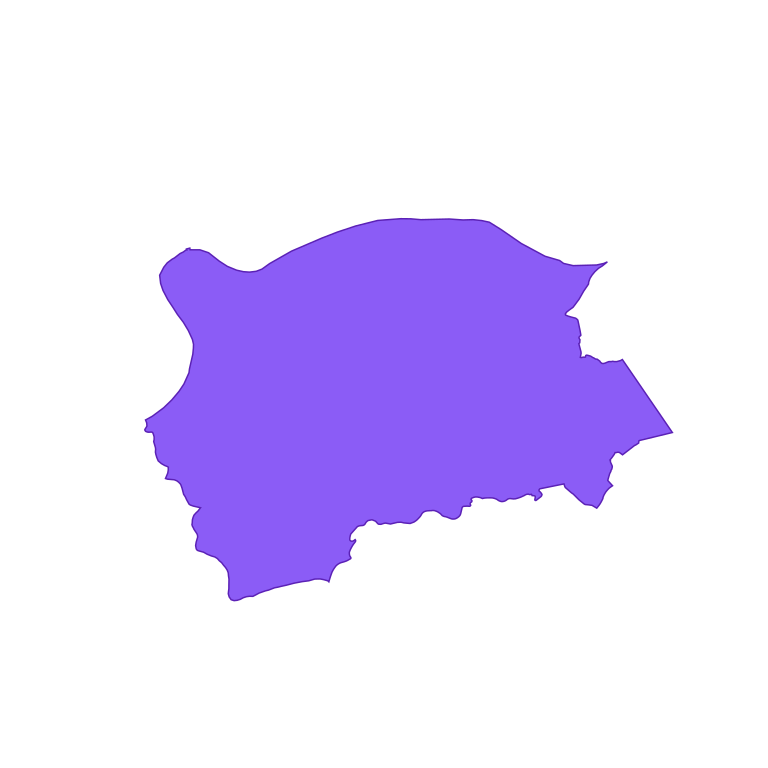 outline of Cicuco, Bolívar, Colombia, rotated 53°
{"feature_id": "7082276B7250300282061", "entity_name": "Cicuco", "entity_type": "district", "adm_level": 2, "iso_a3": "COL", "parent_name": "Colombia", "parent_adm1": "Bolívar", "projection": "robinson", "projection_center": [-74.658, 9.237], "detail": "fine", "context": "isolated", "style": "filled", "palette": "violet", "viewbox_px": 768, "rotation_deg": 53, "n_neighbors": 0, "source": "geoboundaries", "source_scale": "gbopen_adm2", "svg_char_len": 6158}
<svg xmlns="http://www.w3.org/2000/svg" viewBox="0 0 768 768"><g transform="rotate(53 384 384)"><path d="M508.8,547.1L506.8,544.4L505.5,542.6L504.3,540.8L503.0,538.8L502.0,536.7L501.4,535.2L500.9,533.7L500.3,531.5L500.2,529.6L500.3,528.5L500.4,527.4L500.8,525.9L502.0,522.8L502.7,520.6L503.0,519.1L503.3,516.6L503.4,516.3L503.4,515.7L503.3,515.4L502.9,515.1L502.6,514.9L500.9,514.8L499.7,514.4L498.5,513.7L497.4,512.8L496.0,510.5L494.9,508.2L494.2,506.6L493.6,504.9L492.7,501.7L492.2,501.0L491.5,500.7L490.9,500.7L490.9,502.2L490.6,503.7L490.3,504.2L489.8,504.7L489.1,505.1L488.3,505.2L488.0,505.2L487.8,505.1L486.9,504.4L486.0,503.6L484.8,502.2L483.8,500.8L481.9,491.2L482.0,490.4L482.4,489.1L483.0,488.0L484.1,486.3L484.4,485.7L484.5,485.1L484.6,484.5L484.5,483.9L484.4,483.3L483.8,482.0L483.6,481.2L483.5,480.4L483.4,479.1L485.2,475.3L488.5,473.3L491.9,473.0L492.8,472.6L494.2,470.9L495.3,467.8L496.0,466.5L499.7,463.1L502.6,456.5L504.6,453.6L506.9,451.7L511.1,447.1L512.3,443.1L512.4,441.1L512.4,439.7L512.1,437.5L511.7,435.3L511.3,433.9L510.4,431.8L510.2,431.1L510.1,429.9L510.2,428.7L510.6,427.3L511.2,426.0L512.5,424.0L513.7,422.3L514.3,421.2L514.9,420.5L515.7,419.7L517.6,418.5L518.6,418.0L520.8,417.2L522.0,416.9L523.4,416.8L524.1,416.7L524.8,416.4L525.5,416.0L526.1,415.6L526.9,414.8L528.1,413.9L532.3,411.3L533.2,410.4L534.2,409.0L534.7,407.8L535.0,406.0L535.0,404.2L534.7,402.5L533.9,401.0L529.8,396.1L529.5,395.5L529.5,395.1L529.5,394.4L529.7,393.9L531.5,391.2L533.2,389.2L533.3,388.7L533.3,388.4L533.2,388.1L533.0,387.7L532.7,387.6L532.2,387.6L531.8,387.5L531.5,387.3L531.2,387.0L531.0,386.7L530.9,386.3L530.8,385.9L530.9,385.3L530.9,384.9L530.7,384.6L530.5,384.3L530.2,384.1L529.9,383.9L529.0,384.0L528.7,384.0L528.2,383.5L528.0,383.1L528.0,382.7L528.5,380.6L528.9,379.7L529.3,378.9L529.9,378.1L530.5,377.4L531.6,376.4L532.6,375.5L534.7,374.3L535.5,372.5L536.7,370.6L539.1,367.3L540.3,365.9L541.6,364.8L543.1,363.8L544.0,363.3L545.9,362.7L547.2,362.0L548.2,361.3L548.8,360.7L549.2,360.1L549.8,359.0L550.2,357.8L550.4,356.6L550.4,354.8L550.5,354.1L550.7,353.4L551.0,352.8L551.4,352.2L553.4,350.1L554.0,349.3L554.8,348.1L555.7,345.8L556.6,343.1L557.2,340.4L557.5,339.0L557.6,337.8L557.9,336.6L558.2,336.0L558.8,335.0L559.7,334.5L560.3,333.8L560.8,332.7L561.6,332.7L562.3,332.9L563.1,331.9L563.7,331.3L564.1,331.0L564.6,330.9L564.9,331.0L565.2,331.1L567.1,333.1L567.3,333.3L567.9,333.3L568.3,333.0L568.4,332.8L568.5,332.5L568.5,331.9L568.4,326.4L568.2,325.6L567.8,324.9L567.3,324.3L567.1,324.2L566.9,324.2L565.2,324.1L564.2,324.2L562.9,324.5L562.6,324.4L562.1,324.1L561.8,323.8L561.6,323.2L561.5,322.6L572.1,300.4L574.6,301.3L575.8,301.5L583.7,299.8L585.8,299.1L593.7,298.0L600.2,296.4L600.9,296.1L601.4,295.8L603.4,293.6L606.1,290.9L611.2,288.8L610.3,285.3L609.7,283.5L609.0,281.8L608.2,280.1L607.2,278.1L606.7,277.8L605.3,275.6L604.4,273.6L603.6,271.5L603.1,269.3L602.7,267.1L602.7,264.9L602.8,262.7L596.5,263.3L595.6,263.3L591.4,257.7L590.7,256.2L590.3,255.4L589.6,254.7L589.3,253.9L589.0,253.2L587.8,251.8L587.1,251.2L586.6,251.0L583.0,250.2L582.1,249.8L581.4,249.2L580.7,249.3L579.9,246.1L578.9,242.9L578.4,241.7L577.8,240.7L578.5,239.9L578.9,238.9L579.2,238.3L579.7,237.8L580.2,237.3L580.4,237.2L584.1,236.1L583.9,220.7L584.2,219.8L584.4,216.1L583.6,215.5L582.8,214.5L582.9,213.9L596.3,182.9L507.9,178.9L507.6,181.1L506.2,184.6L504.8,186.5L503.5,187.7L502.7,189.4L502.3,189.7L501.4,191.0L500.9,192.7L500.4,194.8L499.6,196.6L498.6,197.6L497.0,198.0L495.6,197.9L492.5,198.8L491.3,200.1L489.3,200.8L488.6,201.3L487.7,201.6L486.1,202.2L483.7,204.0L482.9,204.8L482.7,205.3L482.8,205.9L483.2,206.4L483.4,206.6L483.7,206.9L483.5,207.4L483.1,208.0L482.5,208.6L481.6,210.6L480.9,211.2L478.1,208.1L476.8,207.3L469.0,204.1L468.9,202.9L466.5,200.8L465.6,200.8L464.4,200.5L463.7,199.4L463.7,198.0L463.5,197.4L459.4,195.3L450.2,191.0L449.1,190.7L446.8,191.3L443.3,194.1L440.6,196.1L438.2,197.5L437.2,197.0L436.5,195.0L436.4,191.6L436.5,186.8L433.7,177.2L430.0,168.6L427.3,160.6L425.7,159.1L423.6,155.9L422.3,152.5L421.2,148.0L420.7,143.0L421.1,138.6L420.9,132.1L420.0,135.9L416.9,142.6L403.3,161.7L395.8,168.0L391.1,169.4L378.9,178.5L354.4,189.8L331.5,197.4L318.2,202.5L312.3,207.6L306.4,213.9L300.6,222.1L291.5,232.6L275.0,255.6L268.2,263.2L262.1,271.1L249.6,290.6L240.8,311.4L234.6,329.8L230.1,345.7L222.2,378.0L219.0,402.9L218.8,412.3L217.1,418.2L213.7,424.1L209.7,428.7L204.4,433.2L195.8,438.3L186.8,441.6L173.6,445.1L166.0,450.3L160.1,458.1L158.6,457.3L157.3,460.5L158.2,460.8L157.8,461.3L157.8,464.8L157.1,468.3L157.2,475.4L156.8,478.2L156.8,484.2L158.2,489.6L162.1,497.7L169.3,501.9L176.3,504.2L186.5,505.9L195.2,506.4L204.1,507.1L213.9,507.1L223.5,508.1L233.1,510.2L237.6,512.2L240.6,514.6L245.1,518.7L254.9,530.3L257.6,532.9L263.6,543.8L266.5,552.1L269.0,563.0L270.4,574.4L270.3,588.5L269.2,596.1L272.2,596.9L274.9,598.6L275.0,599.0L275.3,599.4L276.2,601.9L276.7,602.7L277.4,602.8L278.3,602.9L279.4,602.3L280.4,601.5L281.2,600.5L282.3,598.8L283.0,598.2L283.8,598.0L285.8,598.6L287.9,599.4L290.0,601.0L291.4,602.6L297.2,604.8L298.6,605.6L300.9,607.6L303.0,608.6L306.0,609.7L309.5,610.6L313.6,609.7L317.1,608.2L319.5,606.7L320.7,606.3L321.3,606.9L322.9,608.1L325.0,610.3L328.0,615.4L329.7,614.2L334.3,609.1L336.7,607.7L338.8,607.1L341.3,606.8L342.5,607.0L345.7,608.0L351.5,610.4L354.5,610.6L357.7,611.3L362.7,612.0L364.1,611.5L366.7,609.8L372.4,605.0L373.5,608.9L373.8,611.8L374.4,614.7L375.6,616.7L377.2,618.8L379.7,620.9L380.7,622.0L382.3,622.6L384.0,622.8L385.7,623.2L390.8,623.5L392.2,623.8L394.1,624.9L397.2,629.1L399.7,631.7L402.7,633.2L404.5,633.2L406.0,632.2L409.8,629.3L413.5,627.7L417.5,625.3L420.3,623.2L423.1,622.1L426.0,621.9L429.0,621.2L432.1,621.2L435.2,621.0L438.1,621.2L441.0,622.0L443.7,623.7L446.5,625.2L451.5,629.1L454.0,631.0L456.4,633.3L457.8,634.6L460.9,635.8L464.3,635.9L466.8,634.1L468.4,631.4L469.5,628.3L470.0,625.0L471.1,621.8L472.7,619.0L474.7,616.5L475.3,613.0L475.8,609.6L477.8,603.3L479.1,600.3L480.9,594.0L482.4,591.0L483.7,587.9L485.9,583.1L489.0,575.6L492.6,568.3L495.9,562.5L498.1,556.7L501.2,552.4L502.5,551.2L504.1,549.8L507.4,547.3L508.8,547.1Z" fill="#8b5cf6" stroke="#5b21b6" stroke-width="1.5"/></g></svg>